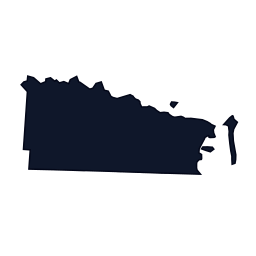 Mobile, Alabama, United States of America, rotated 274°
{"feature_id": "52423323B65626355292212", "entity_name": "Mobile", "entity_type": "district", "adm_level": 2, "iso_a3": "USA", "parent_name": "United States of America", "parent_adm1": "Alabama", "projection": "natural_earth1", "projection_center": [-88.164, 30.697], "detail": "fine", "context": "isolated", "style": "filled", "palette": "ink", "viewbox_px": 256, "rotation_deg": 274, "n_neighbors": 0, "source": "geoboundaries", "source_scale": "gbopen_adm2", "svg_char_len": 1825}
<svg xmlns="http://www.w3.org/2000/svg" viewBox="0 0 256 256"><g transform="rotate(274 128 128)"><path d="M166.7,20.9L163.7,18.4L157.3,25.1L152.0,25.1L99.4,25.2L99.4,32.0L80.1,32.0L81.3,58.1L81.3,58.3L81.3,58.7L82.0,75.6L82.4,87.1L82.6,89.1L83.8,119.2L83.8,120.1L83.8,120.4L83.9,124.4L84.0,125.9L84.3,134.6L84.6,141.9L84.7,143.1L84.7,145.2L85.0,152.8L85.2,159.6L85.3,163.1L85.3,163.4L85.4,165.8L85.7,170.9L87.0,203.5L90.9,199.8L92.9,199.2L97.2,198.9L98.9,199.1L101.3,201.0L101.8,203.4L102.8,203.6L106.7,203.2L108.2,200.4L112.4,200.5L123.0,205.2L123.8,205.1L126.0,208.4L126.0,209.1L124.5,209.4L124.2,210.5L124.7,214.6L125.4,215.6L129.1,213.8L132.2,213.2L135.9,214.7L137.4,210.6L138.1,209.9L139.8,206.5L141.4,201.7L142.0,190.2L141.5,184.3L142.6,182.4L143.3,180.1L142.2,175.0L142.0,173.2L142.6,171.2L144.5,168.0L146.0,166.8L146.2,162.8L145.5,158.9L145.8,158.4L147.5,155.3L149.4,153.1L151.4,147.5L150.4,146.0L149.9,140.1L153.2,138.3L155.1,138.0L156.6,136.3L157.4,133.4L159.3,131.3L160.0,130.9L161.4,127.8L156.6,115.1L157.4,110.8L158.4,108.7L163.4,105.7L164.0,101.7L172.1,98.1L170.2,93.0L165.2,90.1L164.1,87.1L170.2,77.0L170.6,75.6L175.9,73.2L172.2,67.1L168.1,65.7L169.8,60.7L168.2,56.4L170.9,53.2L169.6,51.6L172.7,47.2L171.2,42.7L168.5,42.7L166.0,37.7L171.6,30.3L172.8,24.4L167.9,24.2L166.7,20.9ZM99.1,234.4L100.3,237.2L103.9,237.6L108.8,237.4L122.4,234.0L130.2,233.0L134.3,233.5L141.4,236.7L144.1,233.1L146.8,232.1L147.3,231.9L147.5,231.2L145.2,228.7L138.1,223.2L138.1,225.6L137.0,228.2L134.5,228.6L131.6,229.2L128.0,229.2L119.0,230.8L112.2,232.2L107.1,233.6L104.1,233.8L99.1,234.4ZM111.1,207.1L110.0,211.8L112.9,215.1L114.7,213.5L114.7,208.7L114.3,204.0L112.3,202.8L111.1,207.1ZM153.4,169.4L151.6,172.0L156.7,175.5L157.0,172.7L157.0,169.7L154.7,168.7L153.4,169.4Z" fill="#0f172a" stroke="#020617" stroke-width="1.5"/></g></svg>